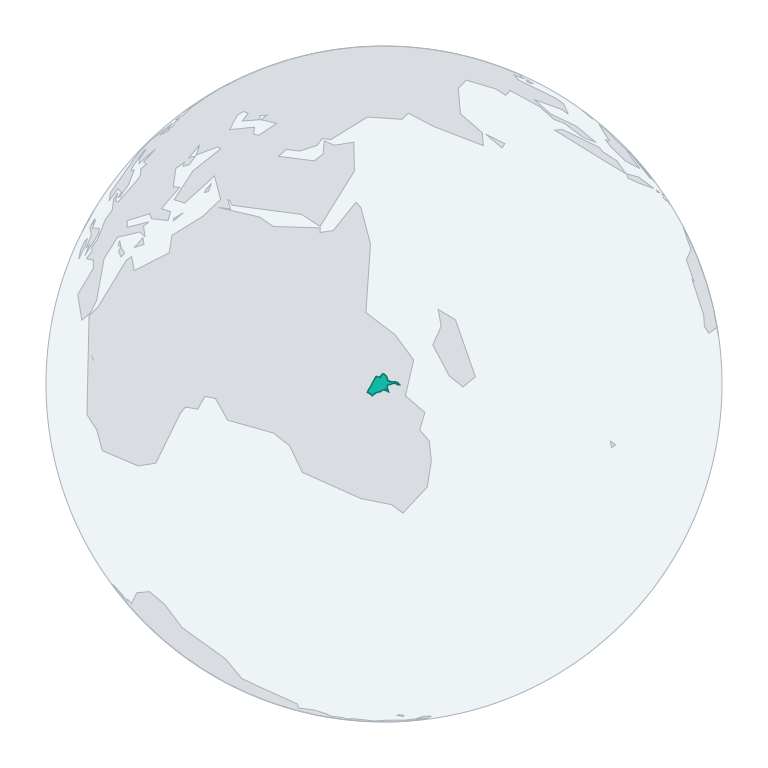 Tete highlighted on a globe, orthographic projection, rotated 318°
{"feature_id": "MOZ-1190", "entity_name": "Tete", "entity_type": "Province", "adm_level": 1, "iso_a3": "MOZ", "parent_name": "Mozambique", "parent_adm1": "", "projection": "orthographic", "projection_center": [33.352, -15.869], "detail": "fine", "context": "on_globe", "style": "filled", "palette": "teal", "viewbox_px": 768, "rotation_deg": 318, "n_neighbors": 0, "source": "natural_earth", "source_scale": "10m", "svg_char_len": 8831}
<svg xmlns="http://www.w3.org/2000/svg" viewBox="0 0 768 768"><g transform="rotate(318 384 384)"><circle cx="384" cy="384" r="338" fill="#eef3f6" stroke="#a8b0b8"/><path d="M47.7,351.2L48.4,351.6L48.5,363.4L47.9,373.2L49.4,372.4L49.5,378.1L60.7,373.8L70.8,381.4L73.5,401.4L70.9,429.7L82.2,482.2L81.2,507.7L90.2,529.0L105.5,563.8L103.7,567.7L113.8,579.4L120.6,590.6L122.0,594.9L130.5,604.8L132.0,607.8L136.9,611.9L151.4,628.0L161.5,636.1L175.2,648.3L181.7,652.6L182.5,653.7L186.4,656.9L190.8,659.9L187.6,658.8L173.4,648.3L170.3,645.8L163.9,640.4L164.0,640.5L145.7,623.6L128.7,605.4L113.1,586.0L98.9,565.4L86.3,543.9L75.3,521.5L66.0,498.4L58.5,474.7L52.7,450.4L48.7,425.8L46.5,401.0L46.2,376.0L47.7,351.2ZM197.0,662.6L189.9,660.3L192.0,660.7L183.4,654.0L190.8,657.1L197.0,662.6ZM175.9,644.1L171.9,638.9L173.9,639.7L177.1,643.6L175.9,644.1ZM458.5,54.4L464.5,55.8L467.4,57.1L470.0,57.7L469.1,57.0L461.9,55.2L484.9,61.5L507.3,69.4L529.2,78.8L550.3,89.8L570.6,102.2L589.9,116.1L608.3,131.2L625.5,147.6L641.5,165.2L656.3,183.9L669.7,203.5L681.7,224.1L692.2,245.4L692.9,247.1L691.1,246.7L692.8,251.7L687.5,241.8L687.4,248.0L702.9,286.8L704.9,296.1L701.4,306.9L700.1,299.5L686.0,273.1L688.4,294.5L699.3,320.7L703.2,346.4L697.0,333.8L692.5,311.1L687.4,301.2L685.2,281.8L674.1,250.3L667.6,250.9L664.7,239.8L648.4,213.2L637.1,213.9L621.6,234.3L625.1,263.0L617.3,273.3L593.6,226.6L583.2,199.0L574.5,199.3L550.3,174.5L508.0,166.8L502.2,160.1L494.2,162.0L477.2,154.5L468.3,144.2L457.9,144.2L481.6,171.6L492.8,172.3L502.3,163.3L506.8,173.3L523.3,184.1L504.5,205.9L442.0,224.1L436.3,202.9L390.7,149.6L392.2,144.1L392.1,143.5L391.5,142.5L387.0,151.3L379.2,142.1L403.2,176.7L407.1,192.9L441.1,225.4L437.8,228.6L448.9,236.0L484.8,230.2L484.9,237.5L467.7,270.8L418.3,318.9L425.2,354.6L422.1,386.0L392.0,407.1L395.3,432.6L379.9,441.9L379.4,456.8L367.4,473.1L347.1,489.5L311.7,492.5L308.9,478.7L290.3,453.9L264.2,395.0L272.5,366.7L269.1,346.6L243.6,306.3L249.1,282.0L242.5,273.4L228.6,278.1L221.0,268.2L212.7,269.6L161.5,290.1L146.5,280.4L130.1,245.1L139.8,225.9L142.7,208.1L210.4,136.0L223.5,135.3L275.4,119.6L281.7,120.5L274.2,132.6L312.1,142.8L325.9,131.7L361.6,138.2L386.1,137.5L397.3,115.9L357.0,116.2L351.4,106.6L384.7,97.8L420.1,100.0L419.0,96.5L397.8,88.2L407.1,82.9L390.6,85.3L396.4,88.6L386.2,90.7L380.3,87.9L383.8,85.8L373.5,84.5L359.4,96.4L363.8,101.1L336.0,104.7L340.7,113.2L332.8,118.0L321.8,105.5L323.8,100.7L302.5,90.7L298.0,95.8L317.7,106.1L311.0,105.7L305.0,114.4L304.3,107.6L284.0,96.6L259.6,103.7L226.6,129.5L212.8,134.8L202.2,134.3L216.3,112.6L245.5,103.5L250.9,97.3L246.8,91.8L256.0,90.0L257.9,87.1L269.2,84.3L286.7,75.4L298.4,72.9L307.0,65.5L314.2,63.7L307.0,68.3L308.3,70.8L337.5,67.4L343.6,65.5L346.9,61.4L354.5,61.7L353.9,58.2L371.5,56.4L349.6,56.3L352.8,53.1L364.3,50.6L361.4,50.0L342.6,54.3L338.7,56.2L341.6,57.7L327.4,65.0L317.0,67.3L316.9,60.8L302.2,64.0L308.6,58.9L355.5,48.0L374.1,46.6L401.4,48.7L396.1,49.6L383.6,49.0L393.5,51.6L393.5,50.3L399.8,51.1L404.5,49.5L409.2,50.1L405.7,48.2L412.0,48.7L414.1,49.9L426.4,49.6L440.0,51.5L440.5,51.3L437.2,50.5L456.6,54.2L456.1,54.0L449.6,52.6L444.4,51.5L458.5,54.4ZM185.8,167.1L183.7,172.3L185.8,167.1ZM457.1,115.3L478.6,118.6L469.6,105.5L477.1,106.0L471.2,101.7L468.8,104.6L454.7,93.8L464.1,91.9L461.9,87.4L454.5,86.2L439.5,91.7L459.6,106.5L454.4,110.9L457.1,115.3ZM257.5,77.4L260.6,77.6L255.4,81.1L240.7,86.9L248.0,81.6L257.5,77.4ZM266.4,77.3L270.4,70.7L279.7,67.7L273.8,70.3L279.6,69.0L271.6,73.0L276.6,77.7L272.3,81.3L247.4,88.5L257.9,83.7L254.1,83.4L266.4,77.3ZM281.0,62.2L283.9,61.3L280.1,62.6L265.2,67.7L262.3,68.7L281.0,62.2ZM289.7,115.4L294.7,115.2L302.7,113.8L299.1,119.7L289.7,115.4ZM275.4,107.8L280.0,106.4L278.8,113.1L273.6,113.7L275.4,107.8ZM283.6,100.5L280.4,105.9L279.1,103.3L283.6,100.5ZM311.4,67.2L316.5,66.1L316.7,66.9L313.4,68.8L311.4,67.2ZM389.9,119.4L382.2,123.5L378.7,121.5L382.1,120.4L389.9,119.4ZM338.0,120.3L349.4,122.5L336.9,121.9L338.0,120.3ZM514.0,578.2L515.3,584.2L510.4,583.5L514.0,578.2ZM480.0,384.2L456.8,439.7L440.8,439.0L437.9,421.7L446.4,387.7L465.1,379.3L474.2,364.9L480.0,384.2ZM716.3,431.0L716.5,436.2L716.2,437.6L716.3,431.0ZM716.2,421.8L717.1,426.5L715.5,424.5L716.2,421.8ZM717.3,428.3L718.2,429.7L718.5,429.1L718.1,431.9L717.3,428.3ZM715.3,419.2L707.3,404.1L703.1,394.4L704.9,390.1L711.7,400.6L715.3,419.2ZM704.5,389.5L697.0,365.4L680.8,309.7L686.8,314.1L702.5,352.5L701.7,356.6L706.3,374.0L704.5,389.5ZM719.4,381.5L718.4,395.2L714.8,385.7L712.7,379.7L711.3,358.7L712.1,350.8L714.1,354.0L717.5,334.9L719.5,346.7L719.5,356.0L720.9,371.9L719.4,381.5ZM626.7,266.2L634.6,286.2L629.8,287.5L626.7,266.2ZM715.5,318.7L716.4,326.9L714.5,313.9L715.5,318.7ZM695.9,260.2L694.0,258.6L692.3,254.0L693.8,253.5L695.9,260.2ZM422.5,48.3L422.4,48.3L429.7,49.4L416.4,47.7L416.7,47.7L422.5,48.3ZM664.5,572.4L669.4,564.7L659.4,563.7L660.6,555.6L667.5,547.0L682.8,512.7L683.1,514.9L691.9,494.0L701.9,489.7L711.3,467.6L710.1,472.5L701.8,498.8L691.4,524.3L679.0,548.9L664.5,572.4ZM717.4,439.3L716.5,442.0L717.9,436.2L717.4,439.3ZM721.9,378.4L721.4,377.5L721.5,388.1L721.9,387.5L721.6,391.8L720.8,410.2L720.3,414.8L721.3,395.1L719.9,410.6L719.6,408.1L720.4,392.5L721.3,377.4L721.5,372.6L721.8,375.6L721.9,378.4Z" fill="#d9dde1" stroke="#a8b0b8" stroke-width="1"/><path d="M367.3,384.9L367.3,384.5L367.3,383.8L367.2,383.2L367.2,382.7L367.3,382.7L367.2,382.5L367.0,382.3L367.0,382.2L367.2,381.9L367.1,381.7L367.0,381.2L366.9,380.9L366.6,380.6L366.4,380.4L366.2,379.6L366.2,379.4L366.2,379.1L366.1,378.9L366.7,378.8L367.1,378.6L367.7,378.3L368.3,378.1L368.8,377.9L369.5,377.6L370.1,377.5L370.9,377.3L371.0,377.3L371.6,377.1L372.3,376.9L372.9,376.8L373.4,376.6L373.9,376.3L374.3,376.1L375.1,375.8L375.9,375.5L376.5,375.4L376.9,375.2L377.1,375.1L377.6,375.0L378.1,374.8L378.7,374.6L379.6,374.3L380.5,374.0L381.5,373.6L382.2,373.4L382.7,373.2L383.1,373.1L383.5,373.2L383.6,373.3L383.7,373.5L383.6,373.8L383.8,374.1L383.9,374.3L384.0,374.3L384.1,374.5L384.5,375.2L384.6,375.4L384.9,375.5L385.0,375.6L385.1,375.8L385.3,375.9L385.4,376.0L385.5,376.3L385.6,376.5L385.8,376.6L385.8,376.4L385.8,376.2L386.0,375.9L386.4,376.1L386.6,376.1L387.1,375.9L387.4,375.8L388.0,375.9L388.1,375.7L388.3,375.6L388.7,375.6L389.3,375.4L389.5,375.4L389.8,375.4L389.9,375.5L390.1,375.9L390.3,376.1L390.6,376.4L390.7,376.6L390.7,376.8L390.6,377.1L390.6,377.3L390.7,377.5L390.8,377.7L390.8,377.9L390.8,378.3L390.9,378.5L391.0,378.7L391.0,378.8L391.0,379.0L390.8,379.2L390.8,379.3L390.9,379.5L390.9,380.1L390.9,380.5L390.8,380.8L390.7,380.9L390.5,381.0L390.5,381.3L390.4,381.3L390.2,381.6L390.0,381.9L390.1,382.3L390.0,382.5L389.6,383.2L389.4,383.3L389.2,383.4L389.1,383.6L389.0,383.9L389.0,384.1L389.1,384.3L389.3,384.5L389.9,385.0L390.0,385.1L390.0,385.3L389.9,385.7L389.9,385.9L390.1,386.4L390.2,386.5L390.4,386.5L390.6,386.6L390.8,386.7L390.9,387.1L391.0,387.2L391.0,387.3L391.3,387.5L391.8,387.9L391.9,388.0L392.0,388.2L392.0,388.3L392.3,388.5L392.4,388.8L392.5,388.9L392.7,389.0L392.8,389.2L393.0,389.3L393.2,389.5L393.3,389.6L393.5,389.6L393.8,389.6L394.0,389.7L394.0,389.9L394.0,390.1L394.0,390.3L393.9,390.5L393.7,390.6L393.5,390.9L393.7,391.2L393.7,391.4L394.0,391.5L394.6,391.5L394.9,391.5L395.0,391.6L395.0,392.3L395.1,392.6L395.2,392.8L395.1,393.0L395.1,393.3L395.1,393.6L395.1,394.7L395.1,395.0L395.0,394.9L394.9,394.8L394.5,394.7L394.4,394.6L394.2,394.4L393.9,394.2L393.8,393.9L393.7,393.6L393.6,393.4L393.6,393.2L393.4,392.8L393.3,392.7L393.2,392.4L393.2,392.2L393.0,391.8L392.8,391.4L392.6,390.8L392.6,390.6L392.0,390.1L391.9,390.1L391.4,389.9L391.0,389.7L390.0,389.1L389.7,389.0L389.3,388.9L388.9,388.9L388.7,388.8L388.4,388.6L388.2,388.5L387.9,388.5L387.7,388.4L387.6,388.2L387.4,388.2L387.2,388.0L387.0,387.8L386.8,387.5L386.7,387.3L386.6,387.1L386.3,387.2L386.0,387.3L385.9,387.3L385.3,387.2L385.2,387.3L384.9,387.4L384.7,387.5L384.6,387.8L384.5,388.0L384.5,388.3L384.2,388.7L384.2,388.8L383.9,389.0L383.8,389.3L383.8,389.5L383.6,389.9L383.4,390.5L383.3,390.8L383.2,390.8L382.9,390.9L382.8,391.0L382.7,391.0L382.6,391.4L382.6,391.5L382.6,391.9L382.5,392.0L382.3,392.4L382.2,392.5L382.3,392.6L382.2,392.9L382.1,392.7L381.9,392.5L381.9,392.4L381.8,392.2L381.8,391.7L381.6,391.3L381.4,390.9L381.1,390.3L381.5,389.9L381.6,389.6L381.8,389.0L381.8,388.8L381.7,388.8L381.5,389.0L381.4,389.0L381.2,389.0L380.9,388.9L380.7,388.9L380.5,389.0L380.5,388.9L380.3,388.8L380.3,388.6L380.2,388.5L380.2,388.4L379.5,388.0L378.6,387.7L378.0,387.5L377.5,387.4L376.4,387.4L375.8,387.3L375.7,387.2L375.6,386.9L375.3,386.7L375.2,386.6L374.9,386.2L374.7,386.1L373.6,386.0L373.4,385.9L373.2,385.8L373.0,385.7L372.9,385.7L372.7,385.5L372.5,385.4L372.4,385.2L372.1,385.0L371.6,384.8L371.3,384.8L371.2,384.9L371.1,385.0L371.0,384.9L370.9,385.0L370.7,385.2L370.4,385.2L370.1,384.9L369.9,384.8L369.3,384.9L368.3,384.9L367.9,384.9L367.3,384.9Z" fill="#14b8a6" stroke="#0f766e" stroke-width="1.5"/></g></svg>